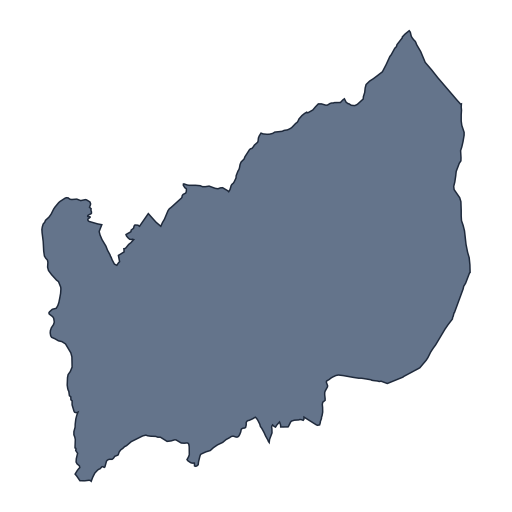 Simijaca, Cundinamarca, Colombia
{"feature_id": "7082276B8472731390370", "entity_name": "Simijaca", "entity_type": "district", "adm_level": 2, "iso_a3": "COL", "parent_name": "Colombia", "parent_adm1": "Cundinamarca", "projection": "natural_earth1", "projection_center": [-73.855, 5.515], "detail": "fine", "context": "isolated", "style": "filled", "palette": "slate", "viewbox_px": 512, "rotation_deg": 0, "n_neighbors": 0, "source": "geoboundaries", "source_scale": "gbopen_adm2", "svg_char_len": 5970}
<svg xmlns="http://www.w3.org/2000/svg" viewBox="0 0 512 512"><path d="M461.4,103.9L460.8,104.1L460.4,103.9L457.4,100.6L437.6,77.5L431.8,70.1L425.2,62.4L420.7,51.6L416.6,44.6L415.8,42.4L415.2,41.3L413.6,39.7L411.8,37.3L411.2,36.0L410.3,32.2L409.2,30.7L405.0,34.1L403.2,36.0L402.3,37.0L402.3,37.8L397.0,44.6L396.4,46.7L394.8,48.2L391.2,54.8L389.9,56.4L386.2,64.5L382.4,71.8L373.5,78.6L369.6,81.1L366.1,84.5L365.2,87.9L364.7,92.5L363.4,96.6L363.2,99.0L357.3,104.4L354.8,105.6L351.3,105.3L348.8,103.7L348.1,103.7L346.1,102.2L344.4,98.8L343.0,99.8L340.4,102.5L334.2,102.6L333.5,103.0L331.6,103.0L330.0,103.5L327.4,105.1L325.9,105.2L321.5,103.9L318.3,103.9L315.5,106.8L312.8,110.0L308.4,112.5L307.1,112.8L306.7,112.2L304.5,113.5L302.0,115.5L299.0,118.9L297.8,121.5L297.0,122.5L295.7,123.4L291.6,127.7L289.6,128.9L287.4,129.9L284.1,130.4L282.2,131.3L274.8,132.1L272.7,133.4L269.5,134.2L267.1,134.3L263.0,133.9L261.0,133.1L259.2,136.0L258.4,138.0L258.1,140.9L257.7,142.2L254.4,145.1L253.4,146.7L252.0,148.4L250.8,148.7L249.6,149.5L244.9,156.8L244.1,159.0L241.1,162.0L240.1,164.4L239.4,168.1L238.9,169.6L238.0,171.0L236.2,175.6L236.0,178.0L234.1,182.0L233.3,183.2L231.9,184.4L231.2,185.5L230.0,189.6L228.7,191.7L227.8,190.8L222.6,187.7L220.3,187.9L218.1,188.7L217.4,188.7L215.1,188.3L209.1,186.1L205.3,186.7L202.5,186.7L200.2,185.7L195.7,185.3L189.1,185.3L187.2,185.0L184.0,183.9L183.4,184.0L183.3,185.2L184.4,187.0L184.9,187.8L186.1,188.5L186.4,189.0L186.3,191.6L185.7,193.1L183.3,194.3L182.7,194.9L182.2,195.7L181.9,197.5L181.3,198.2L170.8,207.7L169.4,208.7L168.0,210.7L164.4,219.3L162.5,222.5L160.8,226.3L156.0,222.2L148.3,213.6L139.5,226.3L138.0,225.2L135.2,225.0L134.6,225.2L134.1,226.1L133.5,228.3L131.2,230.1L130.9,231.7L126.0,234.5L126.4,235.8L127.8,237.6L129.7,239.3L131.5,239.5L132.3,239.2L133.7,239.6L130.9,242.7L128.7,244.4L125.8,248.0L124.8,248.6L123.9,248.7L124.1,251.9L118.4,255.4L119.6,261.7L118.5,262.8L116.8,265.3L114.4,264.1L112.0,259.6L111.1,257.1L110.6,256.6L110.0,254.8L107.5,250.2L105.9,246.1L102.0,239.6L100.0,234.9L99.2,231.7L99.3,231.1L101.8,224.7L97.6,223.9L89.0,221.4L88.3,220.9L87.8,220.0L87.8,219.2L90.1,217.3L90.0,216.8L87.7,216.5L87.7,215.8L88.2,215.2L91.1,213.7L91.5,213.1L91.4,211.6L90.9,210.2L91.1,208.7L89.5,207.3L90.5,204.6L90.6,203.8L89.9,201.9L86.6,199.9L85.5,199.6L80.7,200.6L76.8,199.1L71.9,199.5L70.7,199.4L69.7,199.1L68.2,197.9L66.4,197.7L65.2,198.1L63.8,199.0L60.1,201.4L58.7,202.6L55.2,206.8L53.7,209.0L51.1,214.2L49.0,217.1L45.5,220.3L44.7,222.3L43.2,224.0L42.3,226.9L41.9,229.5L42.1,232.8L43.2,241.5L43.7,251.0L44.4,256.0L45.8,258.3L47.4,260.0L47.9,262.3L47.6,267.2L48.5,270.5L51.6,274.7L56.5,280.1L58.5,281.6L60.7,287.1L60.9,289.0L60.6,293.4L59.9,297.3L58.9,302.4L57.8,305.6L56.2,308.3L52.3,309.3L49.5,311.8L48.9,312.9L49.2,314.0L52.7,316.7L53.7,318.3L54.3,322.1L53.5,324.6L51.4,327.7L50.4,330.6L50.2,332.9L50.7,335.8L51.6,337.3L55.0,338.8L58.4,340.8L61.9,341.6L65.5,343.9L70.8,352.8L71.9,356.8L72.1,367.1L70.3,371.5L68.1,374.6L67.5,377.6L67.2,385.1L67.7,388.5L68.2,390.2L68.8,391.3L69.4,395.7L70.8,396.8L70.9,399.8L72.1,400.8L72.1,404.9L74.0,411.2L74.6,412.2L75.4,412.5L76.7,412.7L78.0,412.1L76.8,415.2L75.8,419.1L75.2,424.1L75.1,427.2L73.9,431.6L73.9,434.8L74.8,437.1L75.3,439.5L75.0,447.9L75.6,448.1L76.0,449.0L75.7,450.5L77.6,453.3L76.3,458.7L76.1,462.0L77.1,463.9L79.4,465.8L79.8,467.6L78.6,468.8L77.3,470.5L75.1,474.1L76.7,476.0L79.9,480.7L84.7,480.8L88.7,480.3L90.2,480.4L91.2,481.3L92.7,477.3L94.8,473.1L97.5,470.2L98.7,469.3L100.0,468.8L102.0,466.7L103.0,466.7L104.2,467.4L104.9,466.9L106.5,461.1L107.1,460.4L108.3,459.6L109.5,459.3L112.1,459.3L113.4,458.3L114.8,456.3L117.9,455.1L118.3,454.5L119.1,452.1L120.7,449.9L122.8,448.4L124.8,446.4L125.2,446.4L126.6,445.6L131.3,441.6L142.7,435.9L145.9,435.1L147.4,435.7L150.5,436.2L155.7,436.4L157.8,437.2L160.4,437.2L167.1,441.4L171.1,440.9L174.7,439.8L176.0,439.9L181.2,443.0L184.3,443.2L187.1,442.9L188.1,443.3L188.8,444.2L189.2,446.8L189.3,454.8L188.4,457.1L187.0,459.6L187.9,460.8L190.7,462.7L192.1,463.1L194.4,463.1L194.5,465.9L195.3,466.3L196.4,466.1L197.3,465.6L198.2,464.7L198.5,462.0L199.7,457.0L200.3,455.0L201.0,454.1L205.8,451.9L210.3,450.5L213.5,447.6L217.6,444.8L222.7,442.4L226.0,439.6L229.7,437.6L230.9,436.7L232.3,436.2L233.5,436.2L236.2,437.1L237.6,437.0L238.6,436.3L239.6,434.7L240.7,432.0L241.2,429.5L241.6,428.9L242.9,428.2L244.7,428.0L245.6,427.4L246.2,424.9L246.2,422.5L246.8,421.4L247.8,420.6L249.1,420.4L252.4,418.9L255.3,417.2L256.5,418.3L257.8,420.2L259.8,424.2L260.4,426.5L261.7,428.2L264.1,432.6L265.6,436.0L267.8,439.9L268.4,441.4L269.2,442.5L269.6,439.3L272.0,432.9L271.9,428.8L271.6,427.4L271.9,426.0L272.6,424.9L274.1,426.4L275.5,427.1L276.8,425.0L279.5,422.0L280.6,425.0L280.7,427.0L288.0,426.9L288.3,426.7L290.7,421.9L291.5,421.1L294.3,420.2L298.9,419.9L299.8,419.5L301.5,419.7L303.2,420.3L303.9,419.3L304.0,417.1L316.1,424.7L317.4,425.3L319.6,424.9L320.3,422.6L320.3,421.7L321.4,418.7L321.6,416.7L322.0,416.0L322.7,412.1L322.6,407.4L322.3,404.5L322.7,402.3L325.1,400.3L325.1,398.6L324.7,394.8L324.7,392.6L325.1,391.2L327.5,386.8L327.6,385.7L326.4,382.5L326.4,381.7L326.6,381.0L329.2,379.5L330.6,378.3L332.5,377.1L335.9,375.5L338.4,375.0L343.4,375.6L353.4,377.4L358.8,378.2L361.4,378.2L366.5,379.0L371.1,379.8L371.6,380.2L373.0,380.5L377.5,381.0L379.2,381.5L381.1,381.2L387.3,383.5L403.0,377.1L403.6,376.5L419.8,367.8L426.3,360.1L427.9,357.6L430.7,352.0L433.1,348.3L435.6,344.9L444.9,329.3L447.9,324.9L452.4,319.0L452.6,317.5L453.2,316.2L454.0,312.9L454.4,312.7L463.1,289.0L463.7,286.3L465.6,283.2L469.5,273.0L470.1,272.5L469.9,264.9L469.2,257.8L467.6,252.3L466.0,244.3L464.5,230.9L463.1,225.3L461.5,220.7L461.2,215.9L461.2,210.7L460.9,201.7L459.7,197.7L454.1,189.6L453.7,186.4L454.8,182.0L455.7,176.0L456.2,171.4L459.3,163.2L460.9,160.9L461.0,157.9L460.6,150.6L461.8,146.9L463.0,141.7L464.1,135.2L464.1,132.3L461.8,125.4L461.2,121.0L461.2,114.8L461.5,110.2L461.2,107.0L461.4,103.9Z" fill="#64748b" stroke="#1e293b" stroke-width="1.5"/></svg>